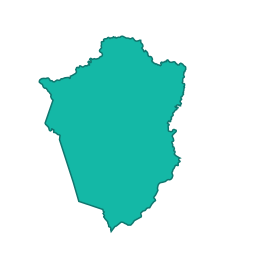 Palocabildo, Tolima, Colombia (Albers equal-area conic projection), rotated 159°
{"feature_id": "7082276B76880403363751", "entity_name": "Palocabildo", "entity_type": "district", "adm_level": 2, "iso_a3": "COL", "parent_name": "Colombia", "parent_adm1": "Tolima", "projection": "albers", "projection_center": [-75.008, 5.096], "detail": "fine", "context": "isolated", "style": "filled", "palette": "teal", "viewbox_px": 256, "rotation_deg": 159, "n_neighbors": 0, "source": "geoboundaries", "source_scale": "gbopen_adm2", "svg_char_len": 5775}
<svg xmlns="http://www.w3.org/2000/svg" viewBox="0 0 256 256"><g transform="rotate(159 128 128)"><path d="M87.2,205.7L88.9,206.0L89.7,206.6L90.2,207.2L91.3,210.4L92.1,210.5L93.0,210.3L94.0,210.5L95.8,212.0L96.8,212.3L97.5,212.7L99.9,215.4L100.6,215.8L101.7,216.0L102.8,215.5L103.3,215.6L103.8,216.0L104.7,216.2L106.9,216.2L107.2,217.2L108.5,217.4L108.6,218.1L108.7,218.3L109.1,218.3L110.1,217.8L110.7,217.9L111.7,218.3L112.7,218.0L113.0,218.2L113.4,219.3L113.9,219.6L114.5,219.6L115.8,219.0L117.9,219.6L118.6,219.5L119.1,219.2L119.4,217.9L119.7,217.7L121.7,217.9L122.1,217.7L122.9,215.2L123.7,214.2L123.8,212.9L124.0,212.3L126.1,211.2L126.8,210.6L127.0,210.1L126.9,209.4L126.6,208.7L125.8,207.9L125.5,207.2L125.5,206.5L125.6,205.6L126.0,205.0L126.9,204.4L127.3,204.3L128.2,204.6L130.3,203.5L133.3,203.8L134.6,204.8L136.5,204.8L137.6,206.2L137.9,206.4L138.4,206.3L138.9,206.1L139.2,205.8L139.0,205.2L138.4,204.6L138.6,203.2L139.0,202.5L139.3,202.4L139.7,202.6L140.2,203.9L140.6,204.3L140.9,204.4L141.7,203.9L141.7,203.4L141.3,202.0L141.3,200.9L141.4,200.7L142.2,201.2L144.1,200.7L145.1,201.3L145.6,201.4L146.5,201.4L147.6,201.0L148.3,201.1L148.7,201.3L150.2,203.0L150.6,203.3L151.2,203.0L151.9,202.1L152.3,201.9L152.7,202.0L153.6,202.8L154.3,202.8L155.1,201.9L155.8,201.3L155.9,199.3L156.3,198.4L157.1,197.9L158.0,197.6L161.7,197.0L163.3,197.0L163.9,195.6L164.4,195.2L164.8,195.3L165.1,196.1L165.6,196.6L169.0,197.5L170.1,197.4L170.7,197.5L171.6,197.4L172.7,197.9L174.2,197.2L174.9,197.0L175.4,197.2L176.8,198.1L177.3,198.2L180.0,197.5L180.6,197.6L181.5,198.2L182.0,199.4L183.2,199.8L183.6,200.1L183.8,201.5L184.4,203.1L185.5,203.6L186.9,203.6L189.0,204.6L189.9,204.7L190.4,205.0L192.1,204.8L193.2,204.4L194.0,203.5L194.3,202.8L194.3,202.2L193.7,201.5L193.5,200.8L192.7,200.0L192.3,198.8L192.4,197.0L192.3,196.3L191.7,195.2L190.5,194.6L190.1,194.0L189.6,192.4L189.5,191.0L188.7,189.7L188.4,188.2L187.9,187.0L187.9,186.3L188.7,185.5L188.9,184.5L188.8,182.9L188.3,181.3L188.0,180.9L203.6,162.3L203.6,160.8L203.0,159.9L202.7,158.9L202.1,157.9L202.1,157.0L201.9,156.5L202.2,154.6L202.1,153.8L201.5,153.1L200.7,153.2L200.2,153.4L199.6,154.4L199.4,154.5L199.1,154.3L199.0,153.5L198.2,153.2L198.0,152.9L198.3,151.8L198.9,150.8L198.9,150.5L197.9,150.0L196.7,148.7L196.1,147.3L195.7,147.0L195.5,146.7L194.7,146.4L194.1,145.5L196.1,141.7L198.5,97.2L200.2,77.1L180.7,61.0L180.9,59.0L180.4,58.1L180.7,57.8L181.9,57.2L181.4,54.6L181.6,54.3L182.4,54.0L182.5,53.5L182.2,53.0L182.0,51.6L180.6,47.8L180.9,46.3L180.8,44.5L181.3,43.0L181.2,42.7L180.2,41.8L180.0,40.8L180.0,40.3L180.6,39.3L180.8,37.4L175.6,40.7L174.0,40.7L168.2,42.6L167.6,42.4L166.2,41.5L165.4,40.3L163.8,38.8L162.9,37.4L160.2,36.4L157.5,37.7L155.8,38.9L155.0,39.3L147.5,40.3L147.0,41.1L146.8,43.5L146.3,44.2L143.8,45.1L141.6,44.9L141.1,45.1L139.6,46.1L138.8,46.3L137.8,46.3L136.9,45.9L136.3,45.8L133.2,48.3L130.3,49.9L129.3,50.1L128.4,50.4L128.2,51.5L128.8,53.1L128.8,53.9L128.3,54.4L126.2,55.6L122.6,58.9L122.4,59.2L122.2,60.9L122.0,61.4L120.6,63.6L119.9,64.3L119.3,64.7L118.5,65.1L117.8,65.3L117.0,65.3L115.0,64.9L112.3,64.7L109.8,65.5L108.9,65.4L107.8,64.8L107.1,64.7L106.3,64.8L105.3,65.2L104.6,65.8L103.4,67.2L103.1,67.9L103.2,69.7L103.0,70.5L102.9,70.8L101.9,71.6L100.7,73.2L99.5,73.8L97.5,75.8L97.1,76.0L96.4,76.0L95.1,75.2L94.6,75.1L93.8,77.1L93.5,77.5L93.1,77.7L91.5,78.0L91.5,78.8L92.1,79.8L91.9,80.7L91.6,81.1L91.1,81.3L90.3,81.3L91.4,82.5L92.0,83.5L92.7,84.1L93.6,85.7L94.1,87.1L92.8,88.5L92.6,89.1L92.6,89.6L93.3,90.1L93.3,90.8L93.0,91.2L92.2,91.8L92.1,92.6L92.1,93.8L92.3,94.1L93.0,94.5L92.2,96.4L92.3,98.6L91.8,99.3L90.3,99.5L89.9,99.8L89.5,101.7L89.7,104.2L89.5,104.7L88.9,105.4L87.9,106.0L86.8,106.3L86.3,106.7L85.2,107.0L84.7,107.3L84.1,107.8L83.9,108.6L85.6,110.2L86.6,110.2L87.2,109.9L87.6,109.1L87.9,109.0L88.7,109.0L89.5,109.2L90.1,109.9L90.9,110.3L91.2,110.6L91.2,111.5L90.4,113.4L90.2,114.5L89.8,115.6L88.6,116.1L88.4,116.4L88.6,117.2L89.4,117.8L89.5,118.4L88.9,119.1L87.8,119.4L87.5,119.9L87.3,119.9L86.7,118.9L86.0,118.8L85.6,119.3L85.5,119.9L85.2,120.3L84.2,120.8L84.1,121.6L83.7,121.9L83.8,122.7L81.4,123.6L81.1,124.3L81.2,125.2L80.8,125.9L79.9,126.1L77.5,127.7L75.9,127.8L75.3,128.9L74.9,129.0L74.4,128.8L74.0,129.0L73.9,129.2L74.0,129.5L75.8,130.1L76.1,130.1L76.4,131.0L76.2,131.2L75.1,131.1L74.1,131.8L73.4,131.8L73.0,131.7L71.6,130.1L71.0,129.9L70.9,130.1L71.1,130.8L70.1,131.2L69.5,131.6L69.4,131.9L69.9,133.0L69.9,134.0L69.0,135.1L68.0,135.3L67.6,135.7L67.9,136.9L67.4,137.9L67.0,138.0L66.3,138.0L65.5,138.9L64.5,139.3L64.0,139.8L64.2,140.9L64.0,141.2L63.4,141.4L63.1,142.4L62.2,143.4L61.9,144.5L60.7,145.7L60.7,146.2L61.0,146.5L60.2,147.1L59.6,148.2L59.5,148.9L59.7,149.3L60.6,149.8L61.1,150.9L60.6,151.5L60.1,152.0L59.6,153.6L59.1,154.4L58.6,154.9L57.3,155.3L57.0,155.8L57.2,157.2L57.0,157.9L56.1,159.2L55.9,160.1L54.7,160.3L54.3,161.1L53.1,162.0L52.5,163.7L52.4,164.6L53.4,165.9L54.2,168.1L55.4,169.5L55.8,169.6L57.0,169.3L57.6,168.6L58.9,169.0L59.5,170.1L59.6,170.6L60.3,171.2L60.2,172.0L60.5,172.6L60.9,173.1L61.5,173.4L62.6,173.6L63.2,173.5L65.2,174.3L65.6,175.1L66.1,175.7L66.2,176.2L66.1,176.6L66.5,177.3L67.3,177.4L67.9,177.0L68.3,176.3L68.8,176.3L69.3,176.9L70.2,176.6L71.6,176.7L72.2,176.5L72.4,176.6L72.8,177.4L73.4,177.4L74.2,176.9L74.3,175.2L74.5,174.9L75.5,174.6L76.4,175.7L76.8,176.0L77.5,176.2L78.3,177.5L79.5,178.0L79.6,178.4L80.6,179.4L81.1,180.6L81.7,181.3L81.5,181.7L81.6,182.4L80.8,182.9L80.5,183.7L80.6,185.6L80.8,186.0L81.6,186.8L82.4,187.0L83.2,187.8L83.1,188.8L83.3,189.3L83.0,189.8L82.8,190.6L82.9,192.0L83.5,192.9L83.5,193.2L83.8,194.0L84.0,194.1L84.9,193.5L85.3,193.4L85.8,193.7L85.8,195.5L86.4,197.3L86.2,197.9L85.4,198.3L84.9,198.7L84.6,199.5L84.5,200.7L85.4,203.2L84.7,205.3L85.5,205.7L87.2,205.7Z" fill="#14b8a6" stroke="#0f766e" stroke-width="1.5"/></g></svg>